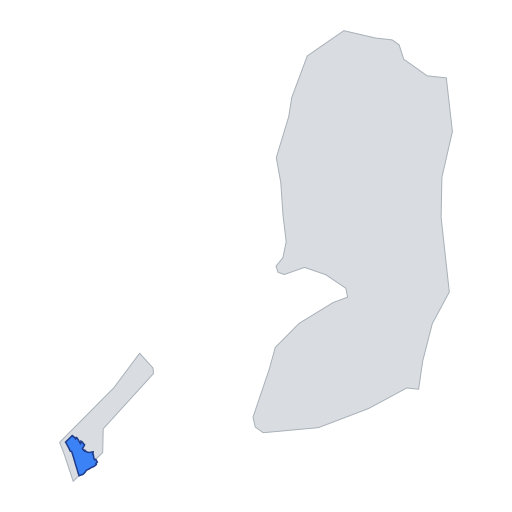 Rafah, Gaza Strip, Palestine (highlighted)
{"feature_id": "87354302B11532502248212", "entity_name": "Rafah", "entity_type": "district", "adm_level": 2, "iso_a3": "PSE", "parent_name": "Palestine", "parent_adm1": "Gaza Strip", "projection": "robinson", "projection_center": [34.269, 31.284], "detail": "fine", "context": "in_parent", "style": "filled", "palette": "blue", "viewbox_px": 512, "rotation_deg": 0, "n_neighbors": 0, "source": "geoboundaries", "source_scale": "gbopen_adm2", "svg_char_len": 3719}
<svg xmlns="http://www.w3.org/2000/svg" viewBox="0 0 512 512"><path d="M446.3,77.9L452.4,131.5L441.9,177.3L441.1,217.4L449.3,292.0L432.3,323.6L422.7,361.0L418.6,389.2L406.6,388.0L368.8,408.4L318.5,427.6L263.1,432.7L255.3,427.0L253.0,417.2L269.1,369.7L275.3,347.4L299.2,323.3L333.2,302.5L347.6,297.2L345.9,288.3L325.6,274.6L304.4,267.4L284.3,274.5L278.1,272.3L276.0,266.2L282.9,257.7L286.2,241.8L283.0,215.1L280.8,182.7L276.3,157.6L288.7,116.8L291.8,97.4L307.3,55.9L343.8,30.7L375.4,38.0L392.1,39.9L399.1,44.8L403.7,59.2L427.1,75.8L446.3,77.9ZM139.6,353.3L153.0,368.0L153.5,373.5L103.2,428.8L102.7,452.5L73.2,481.3L63.7,452.7L59.6,442.4L113.9,387.7L139.6,353.3Z" fill="#d9dde1" stroke="#a8b0b8" stroke-width="1"/><path d="M72.9,436.0L72.8,435.9L72.7,435.8L72.6,435.7L72.4,435.6L72.2,435.5L71.9,435.8L71.6,436.2L71.1,436.7L70.9,436.9L70.8,437.0L70.6,437.2L70.4,437.4L70.2,437.5L69.7,438.0L69.5,438.3L69.1,438.6L68.9,438.8L68.8,439.0L68.7,439.1L68.5,439.3L68.3,439.5L68.1,439.7L67.9,439.8L67.7,440.0L67.4,440.3L67.2,440.5L66.8,440.9L66.5,441.2L66.2,441.5L65.9,441.8L65.7,441.9L65.5,442.1L66.2,443.2L67.0,444.6L67.8,446.2L68.0,446.6L68.6,447.6L69.5,449.5L69.7,450.0L70.3,451.2L70.4,451.3L71.1,451.4L71.4,451.4L71.5,451.4L71.7,451.5L71.8,452.0L72.0,452.6L72.4,453.8L72.5,454.2L72.5,454.3L72.7,454.9L73.0,455.8L73.1,456.0L73.2,456.5L73.3,456.6L73.4,457.0L73.5,457.2L73.6,457.7L73.7,458.0L74.2,459.8L74.7,461.3L75.3,463.6L75.7,464.9L76.0,465.8L76.3,466.9L76.7,468.0L76.8,468.5L77.0,469.2L77.3,469.9L77.7,471.6L78.1,472.8L78.5,474.1L78.8,475.0L79.0,475.6L79.1,475.8L79.7,475.5L80.5,475.2L81.1,475.0L81.9,474.8L82.4,474.6L83.1,474.3L83.2,474.2L83.6,473.7L84.1,473.3L84.6,472.8L84.9,472.4L85.5,471.7L85.8,471.1L86.3,470.5L86.5,470.3L86.9,470.0L87.8,469.6L90.1,468.4L91.2,467.6L91.6,467.4L92.2,467.2L92.8,467.0L93.3,466.7L93.7,466.6L93.9,466.4L94.4,466.1L95.0,465.7L95.4,465.3L95.6,465.1L96.0,464.8L96.3,464.6L95.9,463.5L95.9,463.4L97.3,462.3L96.9,461.2L95.7,459.3L94.6,459.8L94.4,459.4L94.3,459.2L94.1,458.7L94.0,458.3L93.9,458.1L93.9,457.9L93.7,457.4L93.7,457.0L93.6,456.9L93.6,456.6L93.5,456.1L93.5,455.9L93.4,455.3L93.4,455.1L93.3,454.9L93.3,454.7L93.2,454.6L93.1,454.4L92.9,454.3L92.7,454.2L92.8,454.0L92.8,453.8L92.9,453.6L92.9,453.3L93.0,453.1L93.0,452.9L93.1,452.6L93.1,452.3L93.2,452.1L93.2,451.8L92.8,451.9L91.4,452.1L91.0,452.2L90.3,452.4L90.1,452.4L89.8,452.4L89.7,452.4L89.4,452.4L89.2,452.4L88.8,452.4L88.7,452.4L88.2,452.4L87.9,452.3L87.7,452.3L87.5,452.2L87.4,452.2L87.2,452.1L86.9,451.9L86.7,451.8L86.6,451.7L86.4,451.7L86.2,451.5L86.0,451.4L85.9,451.4L85.7,451.2L85.4,451.0L85.4,450.9L85.2,450.8L85.2,450.7L85.0,450.4L84.9,450.3L84.8,450.5L84.7,450.7L84.7,450.8L84.8,450.9L84.8,451.0L84.7,451.1L84.4,450.9L84.2,450.8L84.0,450.6L83.9,450.5L83.9,450.4L83.8,450.2L83.7,450.1L83.5,449.8L82.9,449.1L82.7,449.1L82.6,448.9L82.4,448.8L82.3,448.7L82.6,448.2L82.8,447.9L82.9,447.7L83.0,447.5L83.1,447.4L83.2,447.2L83.4,447.0L83.5,446.9L83.6,446.7L83.8,446.5L83.8,446.4L83.9,446.2L84.0,446.1L84.1,445.8L84.1,445.7L84.2,445.4L84.3,445.3L84.3,445.2L84.4,444.9L84.4,444.7L84.5,444.5L84.2,444.4L83.9,444.2L83.7,444.1L83.7,443.9L83.8,443.9L83.7,443.9L83.5,443.7L83.4,443.6L83.3,443.4L83.2,443.3L83.2,443.2L82.9,442.8L82.7,442.6L82.5,442.3L82.4,442.2L82.2,442.0L82.1,441.9L82.0,441.7L81.9,441.7L81.3,441.4L81.0,441.2L81.0,441.4L81.0,441.6L81.0,441.8L80.9,442.0L80.8,442.8L80.8,443.0L80.4,442.9L80.3,443.1L80.2,443.4L79.1,441.3L78.3,439.8L77.4,438.5L76.7,437.6L75.6,438.9L75.3,438.3L75.0,438.0L75.1,437.9L75.2,437.7L74.8,437.3L74.6,437.3L74.4,437.2L74.2,437.2L73.9,437.2L73.7,437.0L73.6,436.9L73.4,436.8L73.2,436.7L73.3,436.5L73.2,436.4L73.0,436.2L72.9,436.1L72.9,436.0Z" fill="#3b82f6" stroke="#1e3a8a" stroke-width="1.5"/></svg>